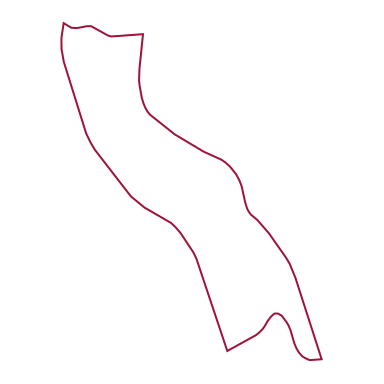 Asyut, Equal Earth projection, rotated 4°
{"feature_id": "EGY-1549", "entity_name": "Asyut", "entity_type": "Governorate", "adm_level": 1, "iso_a3": "EGY", "parent_name": "Egypt", "parent_adm1": "", "projection": "equal_earth", "projection_center": [31.171, 27.231], "detail": "fine", "context": "isolated", "style": "outline", "palette": "rose", "viewbox_px": 384, "rotation_deg": 4, "n_neighbors": 0, "source": "natural_earth", "source_scale": "10m", "svg_char_len": 962}
<svg xmlns="http://www.w3.org/2000/svg" viewBox="0 0 384 384"><g transform="rotate(4 192 192)"><path d="M52.2,32.5L60.2,36.6L65.8,36.5L75.3,34.0L78.1,33.7L80.0,33.7L97.3,41.8L100.5,42.5L132.1,38.0L131.0,72.9L131.4,84.5L132.4,89.9L135.2,101.0L137.1,106.2L139.2,110.6L141.8,114.7L144.7,117.8L170.7,135.7L200.7,150.9L219.5,157.9L223.7,160.5L228.3,164.2L234.8,171.3L238.4,177.0L241.1,182.7L245.8,198.7L248.1,204.6L250.3,208.1L252.4,210.5L259.2,215.4L271.5,227.7L290.1,250.6L294.4,256.7L301.2,270.5L333.0,349.8L321.2,351.5L317.7,350.3L313.4,348.2L310.0,344.8L307.0,340.5L304.6,335.7L299.9,323.0L297.7,318.6L295.3,315.1L290.2,309.2L286.4,307.3L283.1,307.4L281.3,308.8L279.0,311.5L276.0,316.3L274.1,320.4L272.1,323.7L269.3,327.0L266.0,330.2L238.3,348.1L201.0,258.1L197.4,251.9L183.5,233.8L178.0,228.2L173.2,224.3L145.8,210.9L131.4,200.7L92.1,156.6L87.4,149.8L82.3,140.9L55.0,71.0L51.9,58.6L51.0,47.8L52.2,32.5Z" fill="none" stroke="#9f1239" stroke-width="2"/></g></svg>